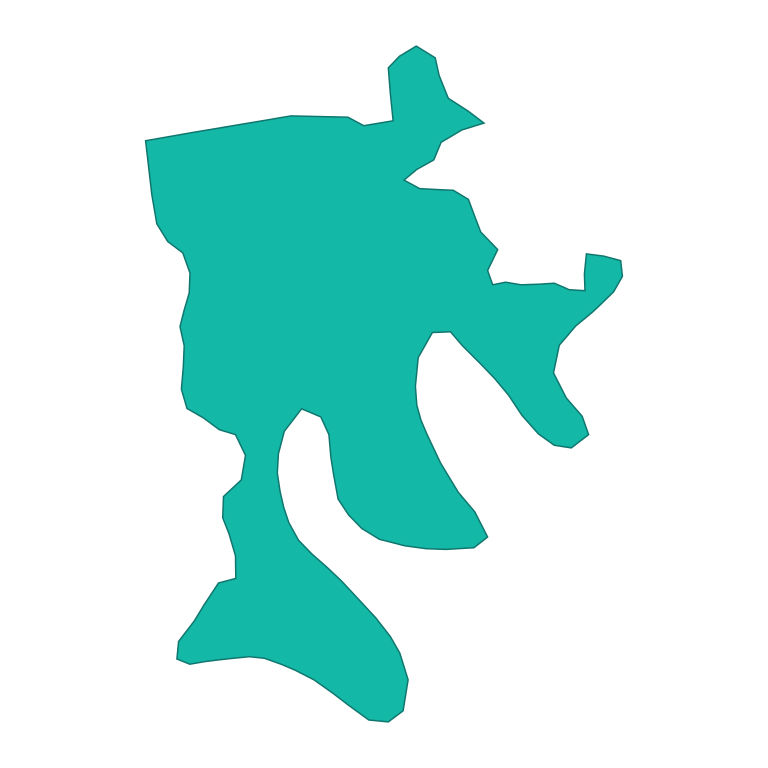 outline of Nova Erechim, Santa Catarina, Brazil
{"feature_id": "56859067B80560515597810", "entity_name": "Nova Erechim", "entity_type": "district", "adm_level": 2, "iso_a3": "BRA", "parent_name": "Brazil", "parent_adm1": "Santa Catarina", "projection": "robinson", "projection_center": [-52.9, -26.913], "detail": "fine", "context": "isolated", "style": "filled", "palette": "teal", "viewbox_px": 768, "rotation_deg": 0, "n_neighbors": 0, "source": "geoboundaries", "source_scale": "gbopen_adm2", "svg_char_len": 1817}
<svg xmlns="http://www.w3.org/2000/svg" viewBox="0 0 768 768"><path d="M348.2,705.0L368.8,720.0L388.3,721.9L403.1,710.8L408.1,679.8L399.8,653.1L390.3,636.5L375.8,617.9L357.9,598.6L341.5,581.0L326.7,567.0L312.2,554.3L298.5,540.2L288.8,522.6L283.7,507.3L280.1,491.6L277.3,473.0L278.4,453.8L284.3,431.3L301.6,408.8L320.8,416.9L328.9,434.6L330.9,457.4L333.7,475.0L338.1,499.1L348.7,515.1L361.8,528.5L379.4,539.3L404.8,545.8L426.3,548.7L446.1,549.4L474.0,547.7L487.6,537.0L474.8,511.9L458.3,492.3L440.5,462.9L426.8,433.9L421.0,420.2L416.8,405.2L415.4,386.3L418.2,357.6L432.4,332.5L450.5,331.8L462.5,345.8L481.8,365.1L494.9,378.8L508.5,395.1L521.9,415.3L538.4,433.9L554.3,445.3L571.3,447.9L588.6,434.6L582.2,416.3L566.3,398.0L553.5,372.9L559.3,345.2L575.8,325.9L593.1,311.6L603.7,301.5L613.7,291.7L622.4,276.4L620.7,260.7L603.7,256.1L586.4,253.9L584.4,274.1L585.0,290.7L569.1,289.7L554.3,283.2L539.2,284.2L521.1,284.8L505.5,282.2L492.7,284.8L487.6,270.5L497.7,249.6L480.7,232.0L474.0,214.4L468.4,199.4L453.3,190.3L437.7,189.6L419.6,188.6L404.0,180.1L416.8,169.4L433.8,159.9L441.1,142.3L462.0,129.9L484.0,123.1L468.4,111.3L448.3,98.3L439.1,75.4L435.2,57.8L416.2,46.1L399.5,56.2L388.3,67.9L390.3,93.0L393.1,120.8L377.5,123.4L363.8,125.7L347.9,117.2L291.0,115.9L258.6,121.4L233.0,125.7L192.5,132.5L145.6,140.7L151.8,194.5L156.8,223.8L167.7,241.5L182.8,252.9L190.0,273.1L189.2,293.0L184.2,310.0L180.0,326.6L184.2,345.8L183.3,367.0L181.4,389.2L187.0,408.5L203.4,417.9L219.3,429.7L235.5,434.6L245.5,455.4L241.3,479.9L223.5,496.5L222.7,517.7L229.1,534.0L235.5,555.9L235.8,578.4L218.5,583.0L204.3,604.5L194.2,621.1L178.6,641.4L176.9,659.0L189.8,664.2L204.8,661.6L218.5,659.9L233.0,658.3L249.4,656.7L264.5,658.3L281.0,664.2L294.9,670.1L313.9,679.8L332.8,693.2L348.2,705.0Z" fill="#14b8a6" stroke="#0f766e" stroke-width="1.5"/></svg>